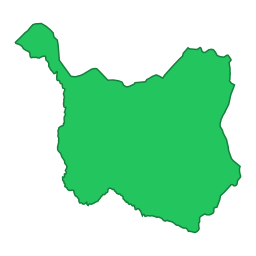 Oporapa, Huila, Colombia (Equal Earth projection)
{"feature_id": "7082276B53955243236004", "entity_name": "Oporapa", "entity_type": "district", "adm_level": 2, "iso_a3": "COL", "parent_name": "Colombia", "parent_adm1": "Huila", "projection": "equal_earth", "projection_center": [-76.08, 2.065], "detail": "fine", "context": "isolated", "style": "filled", "palette": "green", "viewbox_px": 256, "rotation_deg": 0, "n_neighbors": 0, "source": "geoboundaries", "source_scale": "gbopen_adm2", "svg_char_len": 5682}
<svg xmlns="http://www.w3.org/2000/svg" viewBox="0 0 256 256"><path d="M240.1,166.4L233.1,160.6L231.4,158.5L228.8,151.1L228.5,149.8L228.4,147.9L226.5,139.5L223.2,133.1L222.4,130.2L220.1,126.3L220.1,123.9L221.1,119.4L223.1,115.0L224.8,112.4L225.7,110.2L228.6,104.5L229.3,101.7L230.3,96.7L231.2,93.5L233.2,88.6L234.5,84.9L231.4,83.3L229.9,81.3L229.4,80.4L229.9,79.2L229.9,76.7L230.2,74.0L230.0,71.1L230.0,67.9L229.6,66.3L229.1,62.6L230.2,61.2L231.1,60.0L230.2,58.2L228.1,55.3L227.1,55.1L223.8,57.2L220.6,56.7L219.0,56.3L217.1,55.4L215.3,52.0L213.3,49.7L211.4,49.3L209.0,49.7L205.6,52.1L204.7,52.5L202.9,52.2L201.9,50.9L200.9,48.0L200.1,47.5L197.1,49.5L189.7,48.9L188.0,47.8L185.8,50.4L183.3,53.2L182.6,56.1L179.5,59.0L173.6,65.2L165.0,74.8L162.7,78.1L159.7,76.4L156.3,74.9L152.6,76.3L149.0,78.5L146.8,79.6L145.4,81.8L135.0,82.7L134.1,84.1L131.4,85.4L129.3,86.4L126.5,86.9L123.8,85.5L122.0,82.1L118.5,80.8L113.3,80.0L107.8,80.2L99.5,71.4L96.7,68.7L94.7,68.5L91.7,69.1L83.4,74.1L80.6,75.4L75.4,76.8L70.9,76.3L59.3,60.3L58.5,49.4L58.1,45.0L57.3,40.1L54.0,37.1L53.1,32.8L49.8,29.4L45.8,26.1L41.3,23.5L35.3,23.9L32.9,24.7L29.9,28.0L27.7,30.8L25.0,32.8L20.8,37.1L15.4,42.3L15.9,43.4L17.9,44.0L20.5,45.1L21.4,46.0L21.8,46.1L22.5,47.1L23.2,48.4L23.7,48.9L26.0,50.4L28.2,51.3L28.8,51.7L29.6,52.7L29.9,53.4L30.1,56.1L30.6,57.1L31.1,57.7L31.4,57.7L32.3,57.4L32.5,57.5L32.8,57.3L33.7,57.3L34.3,57.5L36.6,57.3L37.2,57.7L37.6,57.9L38.1,58.0L38.6,57.7L39.1,57.8L39.5,58.0L40.2,57.5L41.8,56.7L43.1,56.3L44.6,56.1L45.3,56.3L45.5,56.7L45.7,57.3L45.9,59.6L46.2,60.2L47.8,61.7L48.6,63.0L48.8,64.0L48.7,65.6L48.9,66.7L49.8,67.8L50.3,69.1L51.1,70.2L52.0,71.0L52.4,71.7L52.8,72.0L53.9,73.6L54.6,73.6L55.7,72.9L55.9,72.7L56.1,72.0L56.5,71.7L56.9,71.6L57.1,71.8L57.2,72.3L57.2,73.0L56.7,76.6L56.9,79.7L57.2,80.1L57.6,80.5L58.6,80.4L59.1,80.6L59.5,81.1L59.9,82.0L60.2,83.0L60.5,83.5L61.7,83.8L62.1,84.1L62.2,84.5L62.4,86.5L62.7,87.9L63.2,88.3L64.5,88.7L64.9,89.0L64.9,89.4L64.8,89.9L63.5,93.5L63.5,94.2L64.2,96.3L64.4,97.6L64.1,98.3L63.8,99.7L63.9,101.6L63.5,103.7L63.8,106.2L64.0,106.7L64.4,107.2L65.5,107.3L65.8,107.5L65.5,108.8L65.3,109.1L65.1,111.0L64.7,111.5L64.4,112.1L64.4,112.4L65.3,113.4L65.4,113.8L65.4,114.6L65.0,115.7L64.4,116.6L64.2,117.1L64.2,118.1L64.1,119.2L64.3,121.1L64.3,122.8L64.2,123.2L64.1,123.3L63.6,123.3L63.5,123.5L63.3,125.2L63.0,125.6L62.6,125.8L61.9,125.9L61.2,126.4L60.4,126.5L58.9,127.8L58.7,128.8L58.1,130.3L58.0,131.1L58.3,133.4L58.0,135.3L58.0,136.0L58.1,136.7L58.7,138.1L58.8,139.5L58.5,141.0L58.7,142.7L58.2,144.0L58.0,145.4L57.6,146.6L57.6,147.2L57.6,149.0L57.7,149.7L58.2,150.7L59.2,151.9L60.1,152.8L60.8,153.8L61.0,154.3L61.9,157.0L63.0,158.5L64.0,160.1L64.6,161.2L64.7,161.7L64.6,162.7L64.8,163.2L65.4,164.1L66.4,165.1L66.6,165.7L66.9,167.5L66.3,168.9L65.6,170.0L65.4,170.5L65.5,170.8L65.9,171.2L66.1,171.8L66.2,172.4L66.2,173.1L65.9,173.7L65.6,174.0L65.4,174.1L64.6,173.9L64.5,174.1L64.3,174.6L64.5,175.5L64.4,176.9L64.2,177.1L62.8,176.9L62.6,177.0L62.5,177.3L62.7,178.2L62.6,179.6L62.8,180.3L63.0,180.7L63.8,181.3L63.9,181.7L64.0,182.9L64.6,183.7L65.1,184.0L65.2,184.4L64.8,185.9L64.9,186.4L65.1,186.8L65.6,186.9L66.4,187.4L66.8,187.7L67.4,189.1L68.3,189.9L69.0,190.4L70.1,190.5L71.5,190.3L71.7,190.1L72.4,190.1L73.1,190.3L73.7,190.6L73.8,190.8L73.9,192.0L74.6,194.3L74.9,195.1L75.1,195.4L75.5,195.9L76.5,196.4L76.9,196.7L78.7,199.0L78.9,199.8L78.9,201.0L79.1,201.8L79.6,202.7L79.8,203.0L80.2,203.0L81.3,202.7L81.8,203.0L82.4,203.8L83.3,204.1L84.1,204.1L84.7,203.8L85.5,203.2L86.2,202.8L86.6,202.4L87.0,204.4L87.8,205.3L88.2,205.5L89.1,204.2L89.5,204.0L89.8,203.9L91.1,204.2L92.6,203.8L94.2,203.0L95.7,202.0L97.7,201.3L98.2,200.7L98.7,199.9L100.1,198.2L100.9,197.0L102.0,195.9L102.8,194.7L103.2,194.5L104.2,194.7L104.4,194.6L105.1,194.1L106.2,192.8L107.1,192.4L107.5,192.1L107.8,191.4L107.8,190.5L108.0,189.5L108.3,189.0L108.7,188.6L109.3,188.2L109.8,188.3L110.5,188.2L111.3,188.6L112.4,189.5L113.5,189.2L113.9,189.4L114.4,190.6L114.8,191.1L115.8,191.8L116.3,192.8L116.9,193.4L117.9,193.6L118.2,194.1L118.4,194.2L119.3,194.0L119.9,194.1L120.2,194.3L120.4,194.7L120.6,195.0L121.7,195.6L122.9,196.4L123.0,196.6L123.1,197.4L123.0,198.6L123.1,198.8L124.2,199.6L124.9,200.8L125.2,201.0L126.1,201.3L126.2,201.7L126.3,202.3L127.3,202.2L127.7,202.2L128.4,203.8L128.7,204.0L129.3,204.3L129.8,204.3L130.5,204.0L131.0,204.2L131.5,204.7L131.8,205.2L132.3,205.8L132.9,205.9L133.5,205.4L133.9,205.4L134.2,205.7L134.4,206.0L134.6,207.1L135.0,208.0L135.1,209.2L135.3,209.5L135.6,209.6L136.6,209.5L136.8,209.3L137.1,208.8L137.5,208.6L137.9,208.5L138.8,208.8L138.9,209.0L139.3,209.7L140.5,210.9L141.3,212.9L142.4,215.8L143.3,214.4L143.7,214.3L144.2,214.6L144.5,215.1L144.8,215.9L145.1,216.4L147.6,215.7L148.3,215.7L150.2,216.0L151.9,215.7L153.5,216.1L154.1,216.4L154.7,216.4L156.9,217.4L157.7,217.0L158.7,217.1L161.9,218.4L163.0,219.9L163.7,220.5L164.5,220.9L165.2,221.1L167.2,220.3L168.1,220.9L169.2,221.1L171.6,221.7L173.1,222.5L174.3,223.3L175.6,224.6L176.8,225.2L178.3,225.3L179.2,225.7L180.0,226.4L180.9,226.9L183.2,228.0L184.4,228.1L185.2,228.0L186.1,228.2L186.9,228.9L187.7,230.0L188.4,231.3L189.7,231.3L191.9,231.7L194.4,232.5L195.8,232.2L196.6,231.8L198.0,230.6L198.8,229.7L199.1,228.2L198.8,226.6L198.6,223.5L199.5,222.1L199.6,221.4L199.6,218.8L199.7,217.5L200.7,216.4L204.8,213.9L205.4,214.1L206.2,214.7L207.0,214.8L209.3,214.9L211.0,214.3L212.8,213.3L213.6,212.3L213.8,211.0L213.9,209.0L214.0,208.1L214.7,207.7L216.9,207.2L219.7,199.8L220.5,195.6L224.3,192.2L231.2,184.6L232.7,184.7L233.9,185.8L235.3,185.8L236.3,185.1L237.0,184.1L237.6,180.6L240.5,177.1L240.6,176.0L239.7,172.8L239.5,170.8L239.5,168.5L240.1,166.4Z" fill="#22c55e" stroke="#15803d" stroke-width="1.5"/></svg>